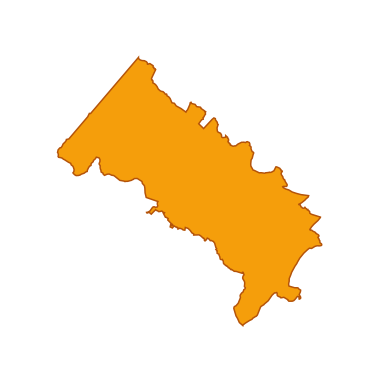 Apozol, Zacatecas, Mexico, rotated 21°
{"feature_id": "50627088B1865759391292", "entity_name": "Apozol", "entity_type": "district", "adm_level": 2, "iso_a3": "MEX", "parent_name": "Mexico", "parent_adm1": "Zacatecas", "projection": "orthographic", "projection_center": [-103.054, 21.462], "detail": "fine", "context": "isolated", "style": "filled", "palette": "amber", "viewbox_px": 384, "rotation_deg": 21, "n_neighbors": 0, "source": "geoboundaries", "source_scale": "gbopen_adm2", "svg_char_len": 6089}
<svg xmlns="http://www.w3.org/2000/svg" viewBox="0 0 384 384"><g transform="rotate(21 192 192)"><path d="M51.9,200.6L52.3,203.3L52.9,203.6L54.0,205.3L54.3,206.9L55.0,207.4L57.7,206.9L59.0,207.0L60.2,207.5L61.2,207.5L66.0,208.5L68.5,208.7L69.4,209.9L71.5,210.6L72.1,211.1L73.9,213.3L74.4,215.4L74.0,216.7L74.5,217.2L76.5,218.0L77.9,218.2L79.8,217.4L81.4,216.3L82.3,215.0L84.5,213.2L85.7,211.3L86.8,210.4L86.5,209.1L86.7,206.4L87.2,204.3L87.9,203.9L88.2,203.1L87.8,202.3L87.7,201.4L88.9,199.1L88.7,197.9L89.9,195.6L90.2,193.8L92.9,193.4L94.4,194.6L95.1,196.4L95.1,198.6L95.4,199.3L96.9,200.4L97.5,202.2L98.4,203.6L99.1,204.2L100.0,205.9L102.1,206.3L102.9,207.3L104.4,207.8L106.4,205.8L108.3,204.9L111.0,205.1L112.9,204.7L114.0,204.9L120.5,207.0L124.5,206.2L125.7,206.3L126.1,205.9L128.1,205.1L131.4,202.7L132.1,201.7L132.8,201.2L133.3,200.1L136.1,199.0L141.5,200.1L142.6,201.8L145.3,203.2L146.6,205.3L148.5,209.6L151.2,213.5L163.6,213.1L163.5,214.5L164.0,215.8L165.0,217.2L164.9,218.4L163.7,219.3L162.2,219.3L161.1,219.8L160.6,220.7L159.6,224.7L158.3,226.4L156.9,227.3L157.3,227.7L158.1,227.5L159.1,226.3L161.9,227.3L164.4,221.5L165.3,222.0L166.5,221.8L167.7,222.3L169.0,221.8L170.4,220.7L170.9,220.6L172.0,221.2L173.8,221.2L173.6,222.1L173.1,222.3L176.2,225.1L176.6,224.9L179.2,225.3L179.4,226.8L183.9,228.9L185.6,229.4L185.9,230.2L184.5,230.8L183.8,230.3L184.1,232.4L186.6,232.6L187.4,230.1L189.6,230.5L190.4,230.2L190.8,230.6L191.5,230.4L192.2,231.6L193.6,230.2L195.7,230.1L197.3,230.6L199.0,230.2L198.5,227.5L201.4,227.4L204.2,228.6L206.5,230.2L208.6,230.5L209.0,231.6L213.9,229.5L215.7,229.8L219.3,231.2L219.5,230.9L220.8,231.8L220.9,232.7L221.5,233.0L221.9,232.8L222.6,231.2L222.7,229.7L223.0,229.5L224.7,229.8L226.5,230.9L227.2,230.4L229.7,230.5L231.5,231.7L234.2,235.3L235.2,235.9L234.9,237.2L236.2,237.5L236.2,238.1L236.6,238.1L236.9,238.6L237.3,240.1L238.0,240.3L239.4,240.4L240.1,241.5L241.0,242.3L242.4,244.5L242.8,244.7L244.2,244.5L244.5,244.1L245.9,245.3L247.0,247.3L247.5,247.7L248.9,248.1L249.6,248.6L250.4,248.4L251.0,248.8L251.8,248.7L253.1,249.7L253.8,249.5L256.0,250.5L256.4,250.1L257.0,250.4L257.3,250.2L259.8,250.9L261.7,250.3L267.9,249.9L267.9,248.9L268.5,248.7L268.9,249.0L269.4,249.9L270.0,250.2L270.2,250.8L269.8,252.3L270.1,254.1L271.1,255.3L272.1,255.9L273.4,257.2L274.1,258.9L274.7,261.2L274.9,261.6L276.1,262.2L276.2,262.9L276.1,263.6L275.4,264.6L275.5,266.9L274.5,268.6L274.0,270.7L274.1,271.7L274.9,272.9L275.1,273.6L275.0,279.3L273.8,282.5L272.7,283.7L272.5,284.4L272.8,285.8L277.5,291.9L279.8,293.7L283.0,296.9L287.4,298.5L287.3,297.5L287.9,296.8L288.8,295.3L291.8,291.3L293.6,289.4L294.0,288.1L295.9,285.5L296.5,285.0L297.1,283.5L297.2,275.0L297.5,274.0L299.5,271.4L299.7,270.6L302.1,266.3L303.7,259.7L305.2,256.6L306.3,256.2L307.1,255.5L307.9,256.2L308.4,257.7L309.1,258.3L310.3,258.5L312.1,258.5L312.5,258.9L313.0,258.9L315.5,257.4L320.1,258.2L320.1,258.5L321.4,259.2L321.9,259.1L324.7,258.0L325.9,257.0L326.7,255.3L327.8,251.8L328.2,251.5L329.5,251.6L330.3,253.5L330.9,253.4L331.5,252.0L330.9,251.0L328.8,249.3L329.0,246.4L328.6,244.7L326.4,244.2L325.2,243.5L322.1,244.6L316.3,245.1L315.6,244.2L315.0,242.6L314.7,240.5L313.8,238.0L313.9,234.1L313.8,231.2L314.7,224.4L315.5,221.1L315.5,220.2L316.3,215.1L318.3,209.0L320.5,204.5L321.7,202.4L323.9,201.8L326.3,198.7L328.0,197.4L330.6,196.5L331.9,195.6L332.1,195.1L331.8,194.3L331.2,193.9L329.6,193.5L328.8,191.7L328.1,191.3L326.9,189.9L325.9,189.4L325.9,188.6L326.3,187.6L325.9,187.0L325.0,186.6L322.4,186.2L322.1,185.7L321.1,185.4L318.5,185.2L317.7,184.8L316.8,184.8L316.4,185.2L315.8,185.1L315.4,184.7L316.1,181.7L317.3,178.5L319.8,173.5L321.0,169.8L320.9,169.4L311.3,170.0L309.5,169.5L308.8,168.1L307.3,167.4L306.9,167.5L306.4,166.8L305.7,167.2L304.9,166.6L304.2,166.6L302.9,165.8L302.4,167.1L300.8,167.4L299.8,166.8L298.9,166.7L297.8,165.3L296.4,165.5L296.1,165.2L298.1,162.9L300.5,158.8L300.6,158.2L302.3,155.0L302.2,153.6L294.6,155.4L289.7,155.9L285.6,156.1L281.7,155.4L278.1,155.6L275.6,155.2L274.8,154.6L275.2,154.1L278.1,153.0L278.3,152.7L278.5,152.1L278.1,150.9L275.4,148.9L274.1,147.4L273.8,147.6L272.1,146.4L271.2,145.1L269.6,144.1L268.6,142.9L268.5,142.3L268.9,140.4L268.8,140.1L267.6,140.3L267.0,139.2L266.3,139.1L265.7,138.5L264.4,138.3L262.0,138.2L261.3,138.5L260.9,142.8L258.9,145.2L257.6,145.9L257.1,145.8L256.4,146.4L253.8,147.7L253.2,148.4L249.7,149.2L247.9,150.0L242.2,149.5L241.3,149.7L237.7,146.7L236.8,144.9L235.7,140.9L236.1,138.8L235.6,134.9L235.7,134.0L235.4,133.1L234.8,132.8L233.8,132.8L232.1,131.1L231.4,130.1L231.1,129.0L230.5,128.4L229.0,128.0L229.1,127.2L228.8,126.4L227.8,125.3L225.6,125.2L224.9,125.7L224.4,126.6L222.7,126.9L220.5,127.8L217.7,130.8L216.3,133.3L215.4,133.6L214.4,134.3L213.3,134.7L212.0,134.3L211.3,134.6L211.0,134.5L210.5,133.5L209.9,133.5L209.4,132.9L208.5,132.9L208.1,132.6L207.4,131.7L207.8,131.2L207.2,129.6L206.0,129.0L205.7,128.2L203.3,127.3L203.9,128.7L201.3,130.2L200.3,130.2L199.6,129.4L199.2,128.3L197.6,126.9L195.0,126.8L193.8,126.0L192.4,123.2L192.2,119.7L191.8,119.7L190.4,117.7L188.1,116.3L187.5,115.1L185.9,115.0L184.8,116.9L180.1,128.6L173.8,125.9L175.1,121.1L176.4,120.0L175.7,118.6L176.1,118.0L176.4,115.4L176.7,114.5L176.0,113.2L176.0,112.1L175.4,112.0L175.0,112.3L174.4,111.7L170.3,110.7L170.0,110.0L169.4,109.8L166.0,110.6L165.6,110.5L163.5,109.1L160.3,109.5L159.9,109.4L158.9,108.6L158.3,109.7L158.7,110.0L158.4,116.9L157.9,118.1L157.7,119.6L151.8,118.0L146.4,117.3L143.8,115.5L141.3,115.9L138.0,112.5L136.2,111.5L134.1,111.1L133.4,109.8L133.0,109.7L132.5,110.2L132.0,110.2L130.6,109.3L129.0,108.7L127.2,109.0L126.0,108.9L123.6,108.0L121.6,106.1L119.7,104.9L118.3,104.4L116.3,104.1L115.8,102.4L114.7,101.6L114.3,101.8L114.0,101.5L113.5,100.4L114.2,90.7L113.5,90.2L113.0,90.5L112.3,90.4L111.8,89.4L111.0,89.4L110.4,88.0L106.6,87.2L104.9,88.6L104.6,88.6L104.3,87.7L102.8,86.7L100.5,86.5L98.2,87.2L96.2,87.3L94.2,86.5L93.8,85.5L69.2,155.1L68.0,155.4L67.7,159.1L58.0,186.6L55.9,188.0L56.2,188.7L55.5,191.2L54.5,193.1L54.3,196.1L53.8,197.6L53.2,197.8L52.7,198.4L51.9,200.6Z" fill="#f59e0b" stroke="#b45309" stroke-width="1.5"/></g></svg>